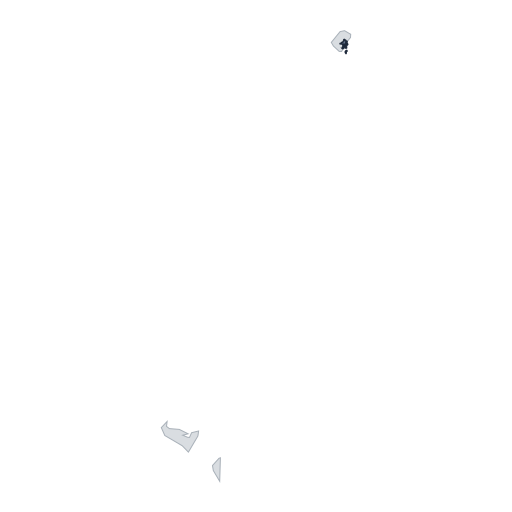 Neiafu, Vava'u, Tonga (highlighted)
{"feature_id": "48082658B15752007893328", "entity_name": "Neiafu", "entity_type": "district", "adm_level": 2, "iso_a3": "TON", "parent_name": "Tonga", "parent_adm1": "Vava'u", "projection": "natural_earth1", "projection_center": [-173.963, -18.667], "detail": "fine", "context": "in_parent", "style": "filled", "palette": "slate", "viewbox_px": 512, "rotation_deg": 0, "n_neighbors": 0, "source": "geoboundaries", "source_scale": "gbopen_adm2", "svg_char_len": 3234}
<svg xmlns="http://www.w3.org/2000/svg" viewBox="0 0 512 512"><path d="M187.6,437.3L189.5,437.4L191.6,432.7L198.6,431.0L197.9,436.0L188.4,452.1L182.3,445.8L164.8,435.5L161.3,427.6L167.1,421.5L166.5,426.4L169.4,428.6L179.3,429.4L188.1,433.8L182.7,435.2L187.6,437.3ZM346.6,42.3L341.6,51.5L339.2,51.4L333.4,46.0L331.3,42.4L340.1,31.6L344.6,30.7L350.7,34.3L350.5,37.5L346.6,42.3ZM220.4,457.8L219.7,481.3L213.3,470.5L212.5,465.5L219.0,458.3L220.4,457.8Z" fill="#d9dde1" stroke="#a8b0b8" stroke-width="1"/><path d="M343.8,39.9L343.8,40.1L343.9,40.3L343.9,40.5L344.0,40.7L343.7,41.0L343.4,41.1L343.2,41.3L343.1,41.6L343.0,41.8L342.8,42.2L342.6,42.4L342.4,42.4L342.1,42.3L341.7,42.5L341.4,42.9L341.3,43.0L341.2,43.2L340.9,43.3L340.6,43.3L340.4,43.4L340.1,43.5L340.1,43.8L340.4,43.9L340.7,43.9L340.9,43.8L340.9,43.7L341.1,43.6L341.3,43.8L341.5,44.0L342.1,44.1L342.4,44.3L342.5,44.3L342.6,44.5L342.8,44.7L342.8,44.8L342.8,45.0L343.0,45.5L342.9,45.9L343.0,46.1L343.0,46.4L342.9,46.7L342.8,46.8L343.1,47.0L342.8,46.9L342.7,47.2L342.7,47.4L342.6,47.5L342.6,47.8L342.4,48.0L342.1,48.1L342.3,48.3L342.2,48.3L342.3,48.4L342.3,48.5L342.5,48.6L342.8,48.7L342.9,48.4L342.8,48.5L342.7,48.5L342.6,48.4L342.8,48.1L343.0,48.2L343.0,48.3L343.3,48.2L343.5,48.1L343.8,47.9L343.8,47.7L343.7,47.3L343.7,47.0L343.7,46.8L343.8,46.6L343.8,46.4L343.7,46.3L343.7,46.0L343.6,45.9L343.6,45.6L343.6,45.4L343.7,45.2L343.4,44.9L343.3,44.7L343.4,44.4L343.6,44.1L343.9,44.1L344.1,44.2L344.1,44.3L344.3,44.4L344.9,44.6L345.0,44.6L345.2,44.8L345.1,45.1L345.0,45.5L345.0,45.8L345.0,46.0L344.9,46.2L344.9,46.3L344.7,46.4L344.4,46.7L344.5,46.8L344.7,47.0L345.0,47.0L345.2,46.9L345.2,46.7L345.3,46.6L345.6,46.4L345.4,46.2L345.5,45.8L345.4,45.7L345.5,45.5L345.6,45.4L345.6,45.2L345.4,45.3L345.3,45.2L345.3,44.9L345.2,44.9L345.3,44.7L345.4,44.8L345.5,44.8L345.6,44.7L345.5,44.8L345.5,44.7L345.6,44.4L345.4,44.3L345.4,44.2L345.5,44.2L345.3,44.0L345.4,43.9L345.5,43.8L345.6,43.7L345.7,43.8L345.8,43.8L345.8,43.6L345.8,43.4L345.9,43.5L346.0,43.5L346.0,43.4L346.3,43.4L346.6,43.4L346.6,43.5L346.5,43.8L346.7,44.0L346.8,44.1L346.8,44.3L346.8,44.5L346.9,44.8L346.7,45.0L346.4,45.0L346.5,45.1L346.9,45.2L347.0,45.2L347.3,45.0L347.5,44.8L347.6,44.7L347.7,44.4L347.3,44.2L347.2,44.2L346.9,44.2L347.0,43.9L347.1,43.7L347.0,43.9L346.9,43.9L346.9,43.7L346.9,43.4L347.0,43.4L347.1,43.6L347.2,43.4L347.3,43.4L347.2,43.2L346.9,43.0L346.7,42.9L346.7,42.7L346.8,42.6L347.0,42.1L347.0,41.9L347.1,41.7L347.0,41.4L346.9,41.4L346.8,41.2L346.7,41.2L346.7,41.3L346.6,41.5L346.5,41.8L346.4,41.7L346.0,41.6L345.9,41.5L345.9,41.4L346.0,41.2L345.9,41.1L345.9,40.9L345.8,40.4L345.4,40.1L344.7,39.7L344.7,39.9L344.1,39.7L344.0,39.9L343.8,39.9ZM346.5,50.4L346.4,50.5L346.1,50.6L345.7,51.0L345.5,51.3L345.3,51.5L345.3,52.2L345.3,52.4L345.3,52.5L345.5,52.8L345.6,53.0L345.8,53.3L346.0,53.5L346.1,53.4L346.2,53.2L346.2,52.9L346.2,52.7L346.2,52.3L346.2,52.2L346.1,51.8L346.1,51.7L346.2,51.4L346.3,51.1L346.5,51.1L346.8,51.0L346.9,50.9L347.0,50.9L346.9,50.6L346.7,50.4L346.5,50.4ZM346.5,46.8L346.4,47.0L346.1,47.3L345.9,47.5L345.7,47.6L345.5,48.0L345.9,48.1L346.2,48.1L346.3,48.1L346.5,48.0L346.6,47.9L346.5,47.6L346.5,47.3L346.5,47.2L346.6,46.9L346.5,46.8Z" fill="#64748b" stroke="#1e293b" stroke-width="1.5"/></svg>